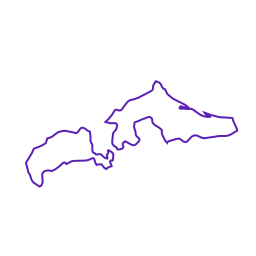 SVG path tracing the border of Ras Al Khaymah, rotated 79°
{"feature_id": "ARE-338", "entity_name": "Ras Al Khaymah", "entity_type": "Emirate", "adm_level": 1, "iso_a3": "ARE", "parent_name": "United Arab Emirates", "parent_adm1": "", "projection": "mercator", "projection_center": [56.062, 25.448], "detail": "fine", "context": "isolated", "style": "outline", "palette": "violet", "viewbox_px": 256, "rotation_deg": 79, "n_neighbors": 0, "source": "natural_earth", "source_scale": "10m", "svg_char_len": 3416}
<svg xmlns="http://www.w3.org/2000/svg" viewBox="0 0 256 256"><g transform="rotate(79 128 128)"><path d="M149.7,21.2L151.4,21.4L153.9,28.0L154.6,31.5L154.3,34.6L153.3,39.7L152.6,55.0L151.6,57.5L148.6,61.7L147.9,64.2L148.6,67.1L152.2,72.0L152.9,74.1L151.8,76.3L149.8,77.9L148.1,79.7L148.0,82.6L148.7,90.2L149.6,92.3L149.9,92.4L147.8,93.8L141.4,95.6L139.3,95.7L137.9,95.6L137.0,95.2L136.3,95.4L135.4,95.9L133.6,97.4L129.8,101.5L128.1,102.5L126.8,102.9L125.8,102.8L124.6,102.6L123.0,102.9L121.8,103.9L121.2,105.0L121.1,106.3L121.9,109.8L121.9,111.1L123.2,116.7L123.6,119.4L123.7,120.1L124.1,120.6L124.7,120.9L126.2,121.2L126.6,121.3L127.7,121.8L128.2,121.9L132.9,121.4L136.2,121.6L137.2,121.3L138.0,120.9L140.1,119.3L140.2,119.2L140.5,119.1L141.2,119.0L141.9,119.0L142.3,119.2L142.5,119.3L143.2,120.1L145.2,122.8L145.7,123.8L146.1,125.2L145.7,126.7L144.8,128.2L141.1,132.4L140.6,133.0L140.5,133.4L140.8,133.7L140.9,134.0L141.1,134.3L141.3,134.7L141.4,135.2L141.7,135.7L142.3,136.1L143.1,136.3L144.1,136.3L145.3,136.0L146.4,136.5L147.2,137.6L147.4,141.1L146.9,142.4L146.2,142.9L145.3,142.9L144.5,143.2L143.5,144.5L142.5,145.4L141.3,146.0L139.9,146.3L138.3,146.1L130.8,143.8L129.8,143.2L129.0,142.4L128.4,141.4L127.8,140.6L126.6,139.6L123.3,138.1L122.3,138.3L121.1,139.0L120.6,140.6L119.9,144.5L117.8,149.0L115.4,145.3L112.1,141.3L108.0,137.5L107.8,136.0L108.4,134.7L109.2,133.4L109.3,131.7L108.3,130.2L102.5,123.9L101.4,121.8L101.0,120.1L100.9,119.5L101.0,117.9L100.7,115.2L100.1,111.6L96.0,97.8L95.1,96.5L94.0,95.9L92.4,95.5L91.3,95.3L87.5,91.9L87.4,91.7L89.4,88.7L91.1,87.4L92.5,87.2L94.5,86.6L96.2,85.7L96.9,84.5L97.6,84.1L102.2,82.9L107.7,78.4L116.0,67.7L120.2,64.1L119.3,65.7L118.3,69.2L116.7,72.1L117.4,73.2L118.5,73.5L119.1,72.9L119.4,70.4L120.8,65.5L121.2,62.3L122.2,60.8L128.6,54.7L130.0,52.9L131.1,50.9L132.1,48.5L132.7,45.3L131.7,45.3L131.1,46.9L130.2,48.3L129.0,49.3L127.6,49.9L131.6,43.1L134.9,35.9L137.7,25.0L138.3,23.5L141.9,23.2L149.7,21.2ZM162.3,151.3L162.7,154.0L163.2,155.7L164.1,157.1L162.6,158.9L158.5,161.0L158.1,165.2L158.2,165.9L156.3,166.6L152.0,167.1L151.0,167.7L150.9,168.9L151.7,172.4L151.9,174.3L151.8,176.2L150.0,187.0L149.9,189.0L150.1,190.5L150.5,191.8L151.0,192.9L151.6,195.3L149.9,196.3L149.7,197.2L149.8,198.3L152.8,203.2L154.9,207.9L155.5,210.0L155.6,211.4L155.1,212.4L154.5,214.1L154.3,217.5L155.1,219.4L156.3,220.7L157.8,221.2L165.3,222.2L168.0,224.2L168.6,226.0L163.6,231.1L160.8,232.5L155.1,233.2L152.8,234.2L152.7,234.2L142.7,234.8L134.2,227.1L130.3,224.3L129.0,216.8L127.3,211.8L123.1,209.2L122.7,209.1L122.8,207.4L121.9,203.8L119.3,198.7L118.7,197.0L118.5,194.4L118.5,192.3L118.8,190.1L122.2,181.9L123.1,180.4L123.1,179.7L122.6,178.5L121.8,177.3L119.8,175.2L119.2,174.2L119.0,173.4L119.0,172.6L120.4,170.2L122.6,168.5L124.3,166.1L130.0,166.5L132.4,167.2L134.3,167.2L135.6,166.9L137.1,166.3L138.5,166.4L143.1,167.3L144.8,167.1L145.7,166.6L146.2,165.8L146.6,165.4L147.4,164.8L147.9,164.3L148.2,163.6L148.2,162.7L148.0,161.8L148.2,160.6L148.9,159.4L151.4,157.7L152.5,156.7L153.3,155.8L154.0,154.4L154.1,154.2L153.9,154.0L153.7,153.9L151.6,154.0L151.1,153.9L150.6,153.8L150.1,153.6L149.8,153.3L149.0,152.3L148.4,152.1L147.7,152.0L146.6,152.1L146.2,151.8L146.3,151.0L148.4,148.8L149.6,147.9L150.8,147.4L151.4,147.5L156.4,148.8L156.8,149.1L157.0,149.5L156.9,150.0L156.6,150.5L156.6,151.0L156.7,151.5L158.0,152.1L162.3,151.3Z" fill="none" stroke="#5b21b6" stroke-width="2"/></g></svg>